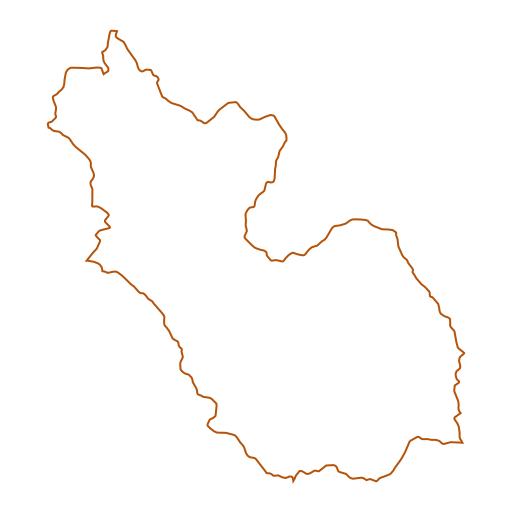 the district of Sa Pa, Lào Cai, Vietnam
{"feature_id": "81297802B16025441122040", "entity_name": "Sa Pa", "entity_type": "district", "adm_level": 2, "iso_a3": "VNM", "parent_name": "Vietnam", "parent_adm1": "Lào Cai", "projection": "orthographic", "projection_center": [103.926, 22.315], "detail": "fine", "context": "isolated", "style": "outline", "palette": "amber", "viewbox_px": 512, "rotation_deg": 0, "n_neighbors": 0, "source": "geoboundaries", "source_scale": "gbopen_adm2", "svg_char_len": 5979}
<svg xmlns="http://www.w3.org/2000/svg" viewBox="0 0 512 512"><path d="M395.9,232.3L392.7,230.1L388.3,229.5L382.5,229.3L381.3,229.0L373.7,226.0L371.3,224.5L369.1,222.4L367.8,220.7L365.5,220.0L360.7,219.5L355.1,219.3L352.4,219.5L350.0,220.5L345.9,223.5L340.7,225.2L334.8,226.1L333.2,226.9L331.7,228.6L326.3,237.8L324.6,239.7L321.8,241.4L317.4,245.5L311.7,247.3L308.8,249.8L305.0,254.6L303.6,255.3L301.1,255.1L297.2,254.2L293.3,252.8L292.2,252.8L288.6,255.1L285.6,258.2L283.6,260.9L282.8,261.4L282.3,261.5L276.8,260.2L274.9,260.2L272.6,260.6L271.2,260.6L270.1,259.5L267.3,256.1L266.8,255.2L266.5,252.6L266.0,251.8L263.8,250.5L260.6,249.8L256.7,248.5L254.6,247.5L252.2,245.5L245.1,238.4L244.5,237.0L244.9,235.3L246.8,231.3L246.6,229.4L245.7,225.8L245.7,223.5L246.0,221.3L245.5,215.2L245.7,213.4L247.0,210.9L248.3,209.1L249.7,207.7L251.8,207.2L253.0,207.2L254.2,206.6L254.7,205.1L255.1,201.9L255.8,199.7L258.2,195.8L259.9,194.2L263.3,191.7L264.4,190.5L266.0,183.7L266.6,182.7L267.6,182.0L268.3,181.9L270.3,182.4L271.5,182.4L272.9,182.1L273.9,180.9L274.6,178.8L275.1,169.2L275.9,164.9L275.9,162.2L276.2,160.5L278.1,157.3L279.6,151.0L282.7,146.7L285.2,141.7L286.4,140.7L286.5,138.1L286.2,135.1L285.0,132.5L282.0,128.8L279.3,124.9L274.3,116.1L273.2,115.5L270.4,115.0L264.7,117.0L259.4,119.5L257.3,119.7L253.5,119.4L251.4,118.6L249.0,116.7L244.4,111.1L240.0,106.9L238.3,104.3L236.6,102.5L235.8,102.1L228.3,102.9L219.5,109.6L217.8,111.4L214.1,116.9L206.4,123.0L205.0,123.3L203.7,122.9L201.5,121.3L199.9,120.5L197.5,120.2L192.4,112.5L189.7,110.7L185.3,108.8L181.3,106.3L179.5,105.5L171.4,103.0L168.1,100.8L165.9,98.7L162.6,97.0L162.1,96.3L157.1,83.5L157.1,82.1L158.3,80.4L158.6,79.6L158.4,78.7L157.7,77.2L156.4,76.2L154.3,75.6L153.1,74.8L151.2,70.4L150.4,69.9L146.1,69.6L142.6,71.4L141.8,71.4L139.9,70.5L138.8,69.2L137.9,67.2L136.8,63.1L135.6,60.6L127.3,49.0L125.3,44.7L123.6,41.9L118.3,38.8L116.1,37.1L115.7,35.9L115.9,34.3L117.1,31.2L116.7,31.0L111.3,30.7L110.5,31.2L109.5,34.3L107.8,43.6L107.7,45.9L107.2,47.5L105.2,50.3L102.3,52.0L102.1,52.3L103.2,56.1L103.3,59.3L103.7,61.2L104.7,63.2L108.0,67.5L108.4,68.7L108.3,70.9L107.6,71.6L105.0,73.1L103.6,74.2L101.5,68.3L100.5,67.8L98.8,67.6L96.2,67.6L89.2,68.4L80.2,67.9L71.8,67.7L70.8,67.8L69.1,68.6L67.4,70.0L65.9,72.5L64.6,79.4L64.2,84.3L63.4,87.2L61.7,89.5L58.7,92.0L57.6,93.4L56.5,94.4L53.4,96.1L53.0,96.7L52.8,97.3L53.1,99.0L53.8,101.4L55.5,105.6L56.1,107.6L56.0,109.5L55.3,113.4L55.4,114.6L56.1,116.3L55.8,117.6L52.1,121.4L51.4,121.8L48.5,122.7L48.1,123.3L47.8,124.2L48.6,127.7L50.0,128.0L52.3,130.1L54.1,131.0L59.2,131.7L61.0,132.9L63.1,135.1L68.0,137.5L69.6,138.9L73.2,144.3L75.9,147.1L85.2,154.7L89.1,159.1L90.4,161.2L90.9,163.2L90.8,166.8L93.7,173.4L94.0,175.4L93.9,176.5L92.5,179.3L90.7,181.5L90.5,183.2L90.8,185.5L91.7,187.2L92.4,189.4L92.3,201.8L92.0,205.9L92.8,206.6L96.7,206.4L98.4,206.8L101.2,208.3L107.2,212.7L108.0,213.6L108.8,215.1L108.7,215.6L105.2,220.0L104.9,221.0L105.1,221.8L105.8,222.7L109.6,226.5L109.9,227.6L109.6,228.0L100.2,230.4L99.1,231.0L95.9,234.7L95.7,235.2L95.9,235.7L98.2,238.4L99.7,239.6L100.0,240.3L99.9,241.6L96.8,248.6L92.9,252.8L86.6,260.7L89.0,260.9L93.9,261.8L98.5,263.6L100.1,265.0L101.7,267.3L102.1,268.8L102.4,271.2L104.8,271.6L107.8,272.9L113.2,271.7L115.8,271.6L117.9,272.5L122.2,275.7L131.2,284.5L134.0,286.5L139.1,292.3L141.0,293.2L143.2,293.3L144.3,294.0L146.1,295.9L148.2,298.8L152.2,301.3L153.7,303.5L162.0,313.0L164.0,315.8L164.4,317.1L164.1,320.3L164.2,324.0L164.8,325.6L166.6,327.5L169.1,331.0L172.3,337.8L173.1,338.9L177.8,341.6L178.4,342.8L178.7,345.2L179.5,347.0L181.6,348.7L181.8,349.9L181.5,351.6L182.8,356.6L182.6,357.9L180.5,362.0L180.2,364.5L180.6,369.5L181.4,370.6L183.4,372.5L185.9,373.9L188.5,374.5L191.6,377.5L192.5,380.0L192.8,382.2L196.2,388.1L196.9,390.2L197.2,392.8L198.0,394.4L201.0,395.5L203.1,396.8L209.6,397.8L211.7,398.9L216.3,403.5L216.6,405.8L215.6,415.3L215.3,416.2L213.2,417.9L209.7,419.6L207.6,424.2L207.5,425.2L208.0,426.2L211.0,429.0L214.0,431.2L216.6,432.5L219.3,432.7L225.7,432.8L232.9,434.6L235.0,435.4L236.7,437.1L240.2,442.4L242.9,445.4L244.1,447.3L246.1,453.3L247.7,455.7L249.8,457.2L254.4,458.0L255.8,458.9L265.5,471.4L266.1,472.6L267.1,473.2L269.4,473.3L271.1,473.9L273.6,475.8L278.3,475.4L282.0,477.2L284.7,477.9L286.7,477.7L289.4,476.5L290.9,476.5L292.2,477.0L292.8,478.0L293.3,481.0L294.7,478.6L295.7,475.9L299.3,471.3L300.0,470.9L302.1,471.2L306.4,473.8L308.0,473.9L310.1,473.3L314.3,470.7L315.3,470.6L318.6,471.3L319.0,471.2L326.2,465.5L333.4,465.1L334.9,465.5L336.0,466.3L336.9,467.5L338.1,470.9L339.5,472.0L346.1,473.9L348.9,476.8L350.7,478.1L353.0,478.7L361.2,477.7L363.2,478.0L366.5,480.1L370.0,479.0L376.2,481.3L377.3,480.7L379.6,478.2L387.6,475.2L390.3,474.0L391.0,473.3L393.4,470.5L394.6,468.2L399.9,461.0L402.1,457.6L405.3,451.7L409.5,441.8L410.2,440.9L417.5,436.8L418.8,436.9L421.8,439.0L422.3,439.1L427.7,439.1L431.8,439.9L435.2,439.9L437.5,440.3L439.5,441.1L441.9,443.3L443.2,443.9L444.5,443.8L450.2,442.3L451.2,442.2L462.4,442.7L461.2,440.4L460.3,439.2L459.6,437.2L459.6,432.8L458.8,426.8L457.3,423.3L454.8,419.7L454.3,418.6L454.7,417.4L455.3,416.9L460.6,413.1L459.1,410.9L458.7,409.9L458.4,407.8L458.7,405.4L458.4,402.3L457.9,400.3L454.4,391.6L454.2,390.3L454.8,385.5L458.9,382.6L459.0,381.6L458.8,381.1L456.7,379.1L455.8,375.9L455.6,374.0L456.3,371.7L456.8,371.0L459.5,368.8L460.2,367.8L460.1,364.8L459.4,362.6L459.1,361.1L459.4,358.3L460.4,356.6L463.9,353.7L464.2,353.1L463.1,352.0L458.6,348.4L457.8,347.5L456.4,342.2L454.5,331.6L453.9,330.5L451.0,327.4L450.2,325.9L450.1,319.2L448.9,318.0L447.9,317.4L444.2,316.1L440.8,313.7L439.8,311.7L439.4,310.3L439.3,308.5L438.2,303.9L432.5,297.3L430.6,296.7L429.9,296.1L429.7,292.7L429.1,291.4L425.1,287.1L421.5,284.3L416.3,278.3L414.7,275.4L412.6,272.4L412.6,271.3L413.1,270.1L412.5,268.6L408.5,263.4L407.8,262.1L407.6,261.2L406.7,259.8L404.1,257.6L403.0,256.4L402.1,254.8L398.4,246.5L397.5,239.0L396.1,235.2L396.2,233.0L395.9,232.3Z" fill="none" stroke="#b45309" stroke-width="2"/></svg>